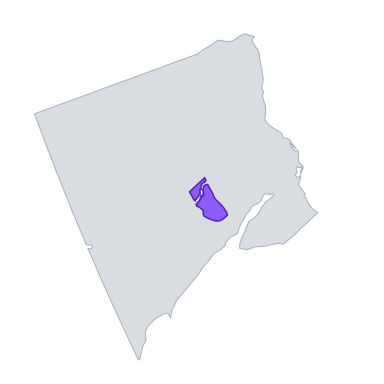 location of Zemam Out, Al Bahr al Ahmar, Egypt, rotated 67°
{"feature_id": "37247803B70127900746184", "entity_name": "Zemam Out", "entity_type": "district", "adm_level": 2, "iso_a3": "EGY", "parent_name": "Egypt", "parent_adm1": "Al Bahr al Ahmar", "projection": "albers", "projection_center": [31.154, 27.336], "detail": "fine", "context": "in_parent", "style": "filled", "palette": "violet", "viewbox_px": 384, "rotation_deg": 67, "n_neighbors": 0, "source": "geoboundaries", "source_scale": "gbopen_adm2", "svg_char_len": 6412}
<svg xmlns="http://www.w3.org/2000/svg" viewBox="0 0 384 384"><g transform="rotate(67 192 192)"><path d="M325.5,306.9L318.1,307.2L310.8,307.5L303.4,307.8L296.1,308.1L288.7,308.4L281.3,308.6L274.0,308.8L266.6,309.0L259.2,309.2L251.8,309.3L244.5,309.5L237.1,309.6L229.7,309.7L222.4,309.7L215.0,309.8L207.6,309.8L203.4,309.9L204.1,307.7L204.6,306.2L204.1,305.2L202.6,304.9L201.7,305.2L199.5,309.7L198.4,309.9L195.7,309.9L187.2,309.9L178.6,309.8L170.0,309.8L161.4,309.7L152.8,309.5L144.3,309.4L135.7,309.2L127.1,309.0L118.5,308.8L109.9,308.5L101.4,308.2L92.8,307.9L84.2,307.6L75.6,307.2L67.1,306.8L58.5,306.4L58.8,301.0L59.0,295.7L59.3,290.3L59.6,284.9L59.8,279.5L60.1,274.1L60.4,268.7L60.6,263.3L60.9,257.9L61.2,252.5L61.4,247.1L61.7,241.7L62.0,236.2L62.2,230.8L62.5,225.4L62.8,220.0L63.0,214.6L63.3,209.2L63.6,203.8L63.8,198.4L64.1,193.0L64.4,187.6L64.6,182.1L64.9,176.7L65.2,171.3L65.4,165.9L65.7,160.5L66.0,155.1L66.3,149.7L66.5,144.3L66.8,138.9L67.1,133.4L66.9,132.4L65.9,128.7L65.1,124.0L64.3,118.2L64.2,116.3L62.6,110.3L62.5,108.6L63.0,107.4L66.4,102.6L67.5,100.3L68.4,97.4L68.8,95.1L68.1,91.4L67.2,88.1L67.0,84.8L67.0,81.5L68.7,79.4L70.7,77.4L71.5,76.1L72.7,74.7L73.5,74.1L74.9,77.1L78.1,77.8L88.8,75.6L100.3,78.7L106.6,79.9L116.5,82.5L122.4,86.6L124.0,87.2L128.4,87.2L131.1,89.7L142.5,91.1L148.5,93.8L151.9,95.9L153.9,96.6L155.7,96.5L158.2,95.8L161.3,94.4L164.7,92.4L171.8,87.2L174.3,86.4L175.9,86.6L177.9,86.6L178.7,85.2L179.7,84.2L180.4,83.1L181.5,81.8L185.1,81.4L192.4,79.2L191.6,80.3L184.9,82.8L187.8,83.1L190.7,82.3L194.0,81.7L194.6,80.6L195.0,78.6L195.7,78.3L197.9,78.7L204.8,81.8L206.5,81.9L211.3,80.1L212.3,79.8L213.8,80.7L217.4,84.6L216.2,84.5L212.3,81.2L212.0,82.8L209.9,85.8L212.6,87.0L214.8,87.5L216.0,89.1L216.7,90.5L218.9,89.9L220.4,87.9L219.6,86.8L219.1,85.7L219.8,85.7L221.3,86.6L225.7,90.3L227.1,91.0L228.8,90.9L232.3,89.8L233.3,89.9L238.0,88.5L238.6,89.5L239.4,90.5L243.2,89.3L249.1,89.2L254.0,87.9L259.6,84.8L260.0,84.3L260.3,85.0L261.1,87.0L262.9,92.1L264.5,96.1L266.5,101.6L267.1,103.8L267.4,105.2L270.3,111.3L272.0,116.3L273.3,120.4L275.1,126.3L275.9,128.4L274.8,129.5L272.6,133.4L270.4,145.9L267.0,155.6L266.8,161.7L266.3,163.9L264.6,167.0L262.6,170.1L258.8,168.6L252.6,163.4L249.0,158.5L245.1,155.3L241.5,151.1L240.5,148.0L240.5,146.1L238.8,141.2L237.7,139.0L233.3,133.9L232.0,131.2L231.0,130.0L230.1,128.3L228.4,121.6L226.7,117.4L224.7,118.6L225.1,120.4L223.4,122.9L222.4,125.7L223.2,128.0L226.8,131.6L227.5,133.1L228.4,136.5L228.3,141.1L228.9,142.6L231.6,146.0L232.6,148.0L233.2,149.7L234.1,151.3L236.8,154.2L240.7,159.8L244.4,163.5L247.0,165.3L248.1,167.1L248.5,171.9L248.3,174.2L250.7,178.4L251.6,180.5L253.9,182.2L255.0,184.2L256.0,187.5L257.6,197.1L259.6,199.4L266.0,212.0L271.3,219.9L274.0,225.8L278.0,233.0L285.9,248.8L290.6,253.5L292.4,256.3L295.7,258.3L299.4,261.2L296.0,261.1L295.2,261.3L294.0,261.9L293.5,263.7L293.3,265.3L294.0,273.4L295.1,277.5L298.3,285.2L300.6,287.4L301.8,288.9L303.3,290.0L310.5,292.3L314.9,297.8L324.5,304.5L325.5,306.4L325.5,306.9Z" fill="#d9dde1" stroke="#a8b0b8" stroke-width="1"/><path d="M198.3,182.6L198.5,182.8L198.8,183.0L199.0,183.1L199.1,183.3L199.2,183.7L199.2,183.8L199.3,184.0L199.4,184.3L199.3,184.5L199.2,184.6L199.3,184.9L199.3,185.0L199.5,185.0L199.7,184.9L199.7,185.1L199.8,185.2L199.8,185.3L199.9,185.2L200.0,185.2L200.2,185.3L200.4,185.4L200.5,185.6L200.7,185.8L200.8,186.2L200.9,186.3L200.9,186.5L201.0,186.5L200.9,186.6L201.0,186.8L201.3,186.7L201.5,186.8L201.8,187.2L202.0,187.4L202.0,187.5L202.3,187.8L202.5,187.9L202.5,188.0L202.8,188.1L203.0,188.2L202.9,188.3L202.8,188.5L202.7,188.7L202.8,188.8L203.1,189.0L203.4,189.1L203.4,189.3L203.5,189.4L203.5,189.5L203.5,189.8L203.5,190.0L203.6,190.3L204.0,190.7L204.0,190.8L204.1,191.0L204.3,191.2L204.4,191.3L204.5,191.3L204.7,191.5L204.6,191.8L204.8,191.9L204.9,192.0L204.8,192.3L204.8,192.5L204.9,192.8L204.9,193.0L205.0,193.2L205.8,192.6L206.8,193.2L207.4,192.8L208.1,191.7L209.2,191.0L210.4,190.5L211.6,189.8L213.0,188.9L214.6,189.5L216.5,190.1L218.5,190.5L220.7,189.0L224.5,185.6L228.3,181.0L228.3,180.5L229.2,178.6L229.4,175.4L228.3,171.6L227.5,169.2L227.3,168.5L223.6,167.9L222.4,168.6L219.6,168.8L215.5,170.0L212.2,171.3L209.0,172.8L205.7,173.6L201.0,173.6L197.2,174.0L191.2,174.6L191.0,174.9L190.9,175.2L190.8,175.4L190.8,175.5L190.8,175.8L190.8,176.0L190.8,176.4L190.8,176.5L191.0,176.4L191.0,176.5L191.1,177.0L191.1,177.5L191.0,177.8L190.9,178.0L190.9,178.3L190.9,178.6L191.0,178.8L191.1,179.0L191.3,179.2L191.4,179.3L191.6,179.3L192.0,179.5L192.3,179.6L192.5,179.6L192.7,179.9L192.9,180.0L193.4,180.4L193.4,180.5L193.6,180.7L193.7,180.8L193.8,180.8L194.1,181.0L194.3,181.1L194.5,181.2L194.5,181.3L194.7,181.5L194.8,181.7L195.0,181.6L195.5,181.5L195.7,181.4L196.2,181.4L196.3,181.4L196.3,181.5L196.5,181.6L197.1,181.8L197.3,181.9L197.5,181.8L197.8,181.8L197.8,182.0L198.0,182.1L198.1,182.3L198.3,182.6ZM200.4,183.4L200.0,183.7L199.6,183.3L199.5,182.8L199.9,182.6L200.1,182.8L200.0,183.1L200.4,183.4ZM190.9,194.3L194.5,193.8L197.2,193.5L200.1,193.3L201.1,192.6L200.9,192.6L200.8,192.3L200.7,192.2L200.4,191.7L200.3,191.4L200.2,191.3L200.2,191.2L200.3,191.1L200.3,190.8L200.0,190.5L199.9,190.4L199.7,190.4L199.7,190.2L199.6,189.9L199.4,189.7L199.2,189.6L199.1,189.4L199.1,189.1L199.0,188.7L198.9,188.7L198.8,188.4L198.7,188.1L198.7,187.9L198.5,187.7L198.4,187.6L198.2,187.6L197.8,187.3L197.6,187.0L197.5,186.9L197.4,186.7L197.3,186.4L197.5,186.2L197.6,185.9L197.5,185.7L197.4,185.4L197.2,185.4L196.9,185.3L196.4,185.2L196.1,184.9L195.8,184.8L195.6,184.9L195.4,184.9L195.0,184.6L194.9,184.6L194.7,184.6L194.4,184.4L194.2,184.3L193.8,184.1L193.6,184.0L193.4,183.9L193.2,183.8L193.1,183.7L192.9,183.6L192.6,183.6L192.4,183.5L192.4,183.4L192.3,183.2L192.4,182.9L192.5,182.8L192.4,182.8L192.4,182.7L192.3,182.8L192.2,182.8L192.2,182.7L192.3,182.7L192.2,182.6L191.9,182.6L191.7,182.4L191.4,182.2L191.2,182.0L191.1,181.9L190.7,181.7L190.4,181.6L190.2,181.5L190.0,181.4L189.9,181.4L189.5,181.1L189.4,181.0L189.4,180.9L189.2,180.7L189.2,180.4L189.2,180.2L188.9,180.0L188.8,179.9L188.7,179.8L188.4,179.7L188.2,179.6L188.1,179.3L188.1,179.1L188.0,178.9L188.0,178.7L187.9,178.4L187.9,178.2L187.9,177.9L187.9,177.7L188.1,177.4L188.0,177.2L187.9,177.0L187.9,176.8L187.8,176.7L187.7,176.6L187.7,176.4L187.7,176.1L187.6,175.9L187.4,175.5L187.4,175.4L187.3,175.2L187.1,175.1L187.1,174.9L186.9,174.6L183.8,174.8L190.9,194.3Z" fill="#8b5cf6" stroke="#5b21b6" stroke-width="1.5"/></g></svg>